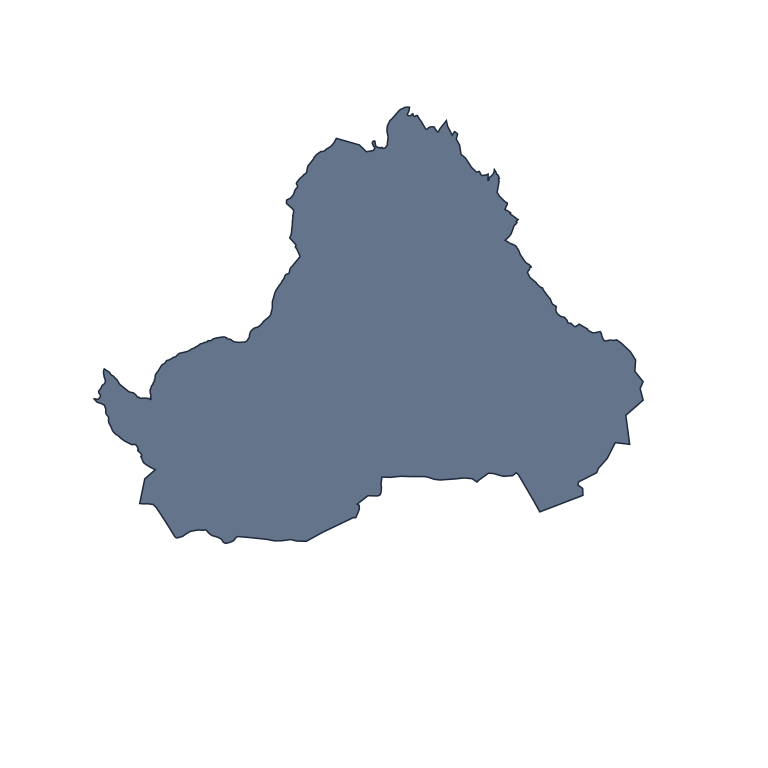 Rametea, Alba, Romania, rotated 217°
{"feature_id": "2599482B58533573021610", "entity_name": "Rametea", "entity_type": "district", "adm_level": 2, "iso_a3": "ROU", "parent_name": "Romania", "parent_adm1": "Alba", "projection": "robinson", "projection_center": [23.586, 46.447], "detail": "fine", "context": "isolated", "style": "filled", "palette": "slate", "viewbox_px": 768, "rotation_deg": 217, "n_neighbors": 0, "source": "geoboundaries", "source_scale": "gbopen_adm2", "svg_char_len": 6159}
<svg xmlns="http://www.w3.org/2000/svg" viewBox="0 0 768 768"><g transform="rotate(217 384 384)"><path d="M571.7,536.1L571.5,535.2L571.9,534.1L573.2,532.6L574.3,531.7L575.9,526.9L576.2,523.2L575.8,521.0L575.8,515.7L576.1,513.1L575.3,510.5L573.8,507.8L573.2,506.0L573.3,504.7L574.0,502.9L574.2,500.4L574.7,498.2L575.0,495.6L575.0,492.6L574.5,491.1L572.4,490.3L571.8,489.6L571.7,488.8L571.8,486.4L571.6,484.5L570.8,482.5L570.3,479.9L570.6,476.0L572.4,472.6L572.2,471.8L570.9,469.9L570.4,469.5L562.4,468.8L561.0,468.4L560.4,467.9L559.2,466.1L558.2,463.6L556.8,461.9L554.6,458.0L552.8,455.7L551.5,453.2L549.0,449.2L548.1,447.2L547.2,443.9L537.9,442.1L537.7,441.9L537.4,440.1L534.2,439.0L529.3,436.3L528.1,435.4L527.7,434.8L528.3,422.3L528.5,421.2L528.3,419.3L526.5,415.4L526.6,414.8L527.9,413.1L528.3,412.1L528.3,411.1L527.3,407.6L527.4,405.0L526.9,402.5L527.0,399.4L526.6,393.8L526.0,391.0L524.2,386.7L522.8,382.7L518.8,377.2L516.5,371.7L516.1,369.8L516.3,368.0L517.7,362.5L517.9,360.9L517.8,358.6L518.3,355.6L519.4,353.0L521.2,350.7L521.9,348.2L522.1,346.0L521.9,344.6L520.9,342.1L520.1,341.1L519.8,340.4L519.4,335.7L520.5,333.7L524.7,330.1L527.7,328.2L529.2,327.5L531.3,327.2L533.2,327.4L535.6,326.1L537.8,326.1L539.4,325.7L541.4,324.3L545.6,319.8L547.8,316.9L548.0,315.1L548.6,314.1L550.5,312.8L550.7,312.3L550.5,311.7L550.7,311.2L551.4,310.1L552.3,309.4L553.0,307.7L554.8,305.5L555.8,301.8L556.6,300.6L557.0,298.9L558.7,296.3L559.3,294.2L560.0,292.7L562.2,289.7L564.9,286.6L566.0,285.1L566.3,284.1L566.7,281.2L567.1,279.8L568.4,278.4L568.8,276.7L569.2,275.7L569.8,274.9L570.0,274.0L571.6,272.1L571.7,271.5L571.5,268.6L572.7,266.1L572.9,265.2L572.3,259.6L572.2,254.1L571.3,252.2L570.2,250.8L570.0,249.4L568.8,247.6L569.1,246.1L568.3,244.6L568.5,242.7L567.0,238.1L565.1,235.9L563.2,234.7L562.7,233.0L561.3,232.3L560.8,231.7L560.8,231.3L562.8,230.9L564.6,230.1L567.7,228.0L569.3,226.4L570.1,226.0L571.8,225.9L573.2,225.1L575.3,225.9L578.9,226.1L582.3,224.5L583.5,224.3L594.9,224.7L599.7,226.6L605.0,227.4L607.5,227.1L610.3,228.1L616.5,227.7L616.1,226.3L614.9,224.3L611.6,221.1L608.9,219.4L608.4,218.8L607.5,217.0L607.4,215.9L608.2,213.4L608.1,212.3L607.5,210.4L607.6,206.5L606.3,205.2L603.8,204.4L603.4,204.1L603.0,203.1L602.9,201.1L603.1,200.0L603.8,199.2L606.5,197.9L606.6,197.6L602.1,196.8L598.6,198.1L595.2,198.7L594.2,198.6L590.8,196.3L589.3,194.0L588.3,193.2L587.4,192.6L585.4,192.2L583.8,191.6L581.9,188.8L580.2,187.3L575.9,185.3L573.4,183.7L571.0,182.8L568.1,182.4L564.7,182.7L561.6,182.2L556.8,182.4L549.3,183.7L547.8,184.5L547.7,185.1L547.1,185.6L545.6,186.0L543.1,185.4L542.3,184.7L540.7,183.9L540.5,183.6L540.8,183.0L540.6,182.6L536.8,182.2L535.2,181.7L534.2,180.5L534.6,179.8L528.8,176.5L526.0,176.4L520.1,176.9L515.1,177.9L518.0,164.3L507.2,141.5L504.4,143.2L500.8,146.0L495.9,148.9L491.2,148.2L474.1,142.0L459.0,136.1L457.5,136.1L456.9,136.4L455.6,137.7L453.0,141.3L452.1,144.6L449.9,149.8L445.5,154.6L443.9,156.1L440.5,158.2L438.7,160.2L437.9,160.3L434.4,159.5L431.6,159.3L430.4,159.4L424.3,161.6L421.3,162.1L419.9,162.1L417.2,160.9L415.7,161.1L414.3,161.6L412.0,164.5L410.4,167.2L410.0,168.1L409.7,169.7L409.8,171.2L409.7,173.0L408.6,174.4L400.2,179.7L383.9,189.5L377.1,192.8L371.3,197.3L364.7,203.8L359.4,205.9L351.4,211.6L343.4,229.3L328.3,258.5L326.1,260.3L327.4,265.9L328.5,269.4L330.8,272.2L333.1,271.9L329.6,285.1L321.9,290.6L320.5,292.8L320.9,295.2L323.8,299.9L326.1,302.2L329.6,308.4L322.7,313.3L315.2,320.3L307.4,325.8L295.6,334.7L291.5,336.5L286.5,338.1L281.4,341.1L269.6,351.4L263.3,357.3L256.6,361.4L250.7,361.7L250.4,364.2L246.9,375.6L242.5,378.5L236.9,380.5L233.0,382.2L226.1,388.2L225.0,392.6L222.2,392.5L194.9,381.1L182.6,375.6L158.1,414.8L162.4,420.1L168.4,420.1L169.6,423.1L160.8,441.0L162.0,446.1L160.9,458.8L164.0,476.3L151.5,483.7L172.0,504.5L167.3,527.1L176.7,534.5L178.4,541.8L191.3,545.1L197.5,554.6L206.8,558.1L219.1,559.5L224.7,559.3L227.0,556.9L230.0,555.1L233.3,551.3L234.0,551.2L236.2,551.8L239.0,553.5L240.6,555.0L242.8,556.0L246.7,551.6L247.3,550.9L248.3,550.5L253.0,549.6L254.5,550.4L264.3,549.2L264.4,548.0L265.1,546.5L265.4,545.3L266.6,544.5L271.6,545.0L272.7,543.7L274.1,543.6L276.2,545.1L280.0,545.9L283.7,544.3L287.6,544.5L289.5,545.1L291.5,546.7L293.0,549.5L297.3,549.2L298.7,549.7L302.6,552.1L304.7,552.4L312.2,554.6L313.7,555.2L315.2,556.1L315.6,556.1L317.0,555.5L319.9,555.6L324.2,556.6L331.5,556.9L336.5,559.4L336.9,561.0L336.7,562.7L337.6,565.1L336.8,566.0L338.1,566.5L340.1,566.7L342.9,566.3L345.4,566.7L348.0,567.7L352.9,569.3L357.3,572.0L362.1,573.6L364.0,573.3L368.2,572.2L373.7,571.7L372.8,577.5L372.8,580.2L373.5,582.8L375.3,588.5L374.9,591.7L375.0,593.1L376.1,593.3L376.1,594.9L375.8,596.0L385.7,595.8L385.8,596.9L389.5,596.7L392.5,596.1L393.5,600.8L393.9,602.0L394.4,602.8L396.1,602.5L397.4,602.5L404.8,603.4L409.0,605.2L414.1,615.2L415.3,615.7L415.6,617.7L416.5,617.6L417.3,618.9L419.4,619.5L420.5,619.4L422.3,620.7L425.0,621.7L424.8,621.2L424.1,620.5L423.7,619.4L423.2,616.9L423.4,614.7L424.2,612.2L423.0,609.8L423.9,609.4L426.0,612.8L427.2,614.3L427.9,612.8L431.1,609.5L432.5,609.5L435.7,611.2L436.1,610.9L436.3,610.2L438.1,608.9L444.4,609.7L454.9,613.5L460.7,613.8L467.4,620.3L473.5,623.0L473.9,623.5L475.7,628.0L478.9,628.2L479.6,628.0L479.2,623.8L488.5,628.2L492.7,631.9L492.9,621.5L492.4,617.9L493.1,617.5L496.9,618.6L497.8,619.2L498.7,619.4L499.4,619.1L500.7,618.3L502.2,616.4L502.7,615.2L502.8,613.8L503.4,613.0L504.3,612.8L512.5,616.2L516.6,617.4L518.8,618.5L519.9,617.8L520.1,616.7L521.0,615.9L522.0,615.9L523.2,617.0L523.7,617.1L524.0,616.5L524.3,614.4L525.3,613.3L526.6,612.8L527.6,613.3L528.4,617.2L530.2,620.4L531.8,619.4L534.0,617.3L534.7,615.5L536.0,613.4L536.5,611.2L537.2,601.0L537.8,597.9L536.7,592.2L535.1,589.5L533.7,587.6L529.1,583.5L526.4,578.5L525.2,577.0L525.1,573.8L525.5,572.8L526.1,572.0L526.7,571.6L528.1,571.8L528.8,570.2L530.1,570.1L530.5,569.4L533.0,569.1L533.7,569.0L534.5,569.7L537.1,572.2L537.7,572.5L538.2,572.1L538.7,571.4L538.9,570.6L538.5,569.7L537.8,568.8L535.0,567.5L533.4,567.1L533.1,566.3L533.2,565.0L533.0,564.1L537.8,558.9L547.6,560.1L569.9,551.5L569.1,546.3L569.5,541.7L571.7,536.1Z" fill="#64748b" stroke="#1e293b" stroke-width="1.5"/></g></svg>